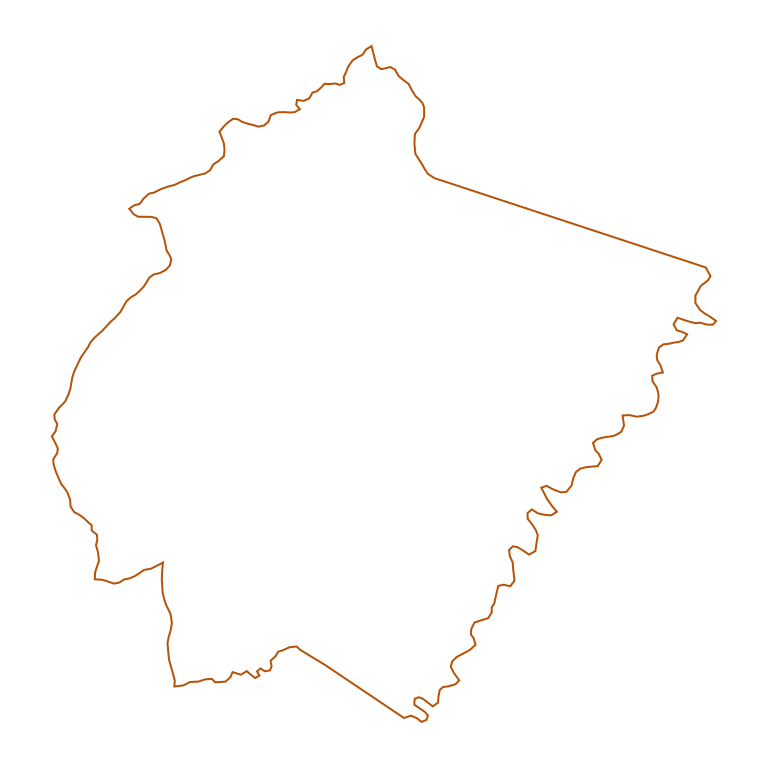 outline of Denise, Mato Grosso, Brazil
{"feature_id": "56859067B19812076642254", "entity_name": "Denise", "entity_type": "district", "adm_level": 2, "iso_a3": "BRA", "parent_name": "Brazil", "parent_adm1": "Mato Grosso", "projection": "orthographic", "projection_center": [-56.967, -14.723], "detail": "fine", "context": "isolated", "style": "outline", "palette": "amber", "viewbox_px": 768, "rotation_deg": 0, "n_neighbors": 0, "source": "geoboundaries", "source_scale": "gbopen_adm2", "svg_char_len": 4133}
<svg xmlns="http://www.w3.org/2000/svg" viewBox="0 0 768 768"><path d="M705.8,267.5L434.6,178.2L427.9,173.9L424.6,168.9L422.2,164.6L415.4,153.9L414.4,143.9L414.9,134.0L419.2,128.2L424.1,116.9L424.1,107.4L422.5,103.1L419.3,99.5L415.4,96.0L412.1,90.6L408.6,83.9L403.2,79.9L398.6,76.0L394.9,69.5L390.2,67.0L385.5,68.3L381.3,69.2L377.0,66.4L375.3,60.8L373.2,52.5L371.5,46.1L366.0,49.5L362.6,54.7L357.0,57.5L352.5,60.5L348.2,66.6L346.1,71.9L343.7,77.0L344.3,82.9L339.6,85.0L335.6,83.4L329.7,84.1L324.5,83.8L321.4,87.3L317.0,91.2L312.5,92.6L309.4,98.2L303.6,100.9L297.1,99.9L296.2,104.8L299.8,109.1L294.6,112.2L290.2,112.5L283.7,112.1L277.9,112.3L270.8,115.0L268.4,121.8L264.2,125.4L258.5,126.7L253.1,125.0L248.7,124.0L242.4,122.0L238.1,119.4L233.2,118.7L227.8,122.5L224.2,126.0L219.4,131.8L221.8,137.9L223.9,143.4L224.5,149.6L223.9,156.1L218.3,161.2L213.1,164.6L210.3,170.0L205.3,173.4L198.5,175.1L194.3,176.1L190.0,177.8L185.3,180.2L180.4,182.1L174.6,184.9L168.9,186.3L163.0,188.3L158.3,190.4L154.1,192.6L149.1,193.6L143.7,198.5L139.8,203.8L133.8,205.5L129.3,208.7L133.8,214.3L138.0,216.7L151.5,216.9L156.4,218.2L159.8,223.8L162.5,233.2L164.7,241.0L166.7,250.8L169.4,254.8L171.3,259.6L169.9,265.4L166.1,269.7L159.7,273.1L153.8,274.4L149.4,277.5L146.3,282.6L143.6,286.8L139.3,291.2L135.8,294.4L131.3,297.0L126.6,301.1L124.0,305.6L120.7,311.6L114.9,318.0L110.8,321.6L102.1,330.9L94.6,337.6L90.3,342.6L88.2,346.9L85.0,351.5L81.0,357.2L78.1,363.2L74.1,371.8L72.3,377.4L70.4,388.5L68.7,393.9L65.1,401.6L59.1,407.7L54.4,414.3L54.7,419.4L57.3,424.0L55.6,431.1L51.9,436.4L55.1,442.6L57.8,448.2L57.2,453.2L53.3,459.1L53.5,464.2L55.6,470.9L58.1,477.1L61.3,484.1L64.4,488.0L67.2,492.0L70.0,499.2L70.6,506.6L74.2,512.1L78.4,514.3L83.4,517.7L88.2,522.3L91.7,525.2L91.7,530.5L96.9,534.7L97.3,539.8L96.0,545.4L98.0,552.2L99.0,560.7L96.9,566.8L95.1,572.6L94.8,579.3L102.0,579.7L108.2,581.6L113.9,583.6L119.2,582.6L124.2,579.4L129.2,578.5L134.5,576.3L138.8,573.5L144.1,569.9L151.0,568.7L163.0,562.6L162.3,569.4L161.8,579.4L162.1,584.0L162.7,593.3L164.8,601.3L166.6,605.9L170.5,613.9L171.9,623.2L170.5,631.0L168.6,637.1L167.5,643.2L168.0,648.8L168.4,653.8L169.2,660.4L171.7,669.2L173.1,674.1L174.8,680.6L174.3,686.5L178.8,686.0L183.7,685.3L190.0,682.0L198.5,681.6L204.9,679.4L211.9,678.9L215.2,682.3L220.4,682.0L225.6,681.6L230.4,677.2L232.6,672.1L240.9,674.7L246.7,671.1L250.0,674.0L255.2,678.1L259.4,675.5L257.0,671.4L260.6,668.4L264.8,671.3L270.0,670.4L271.6,666.2L270.5,660.7L275.4,656.5L278.2,651.7L283.1,650.2L289.5,647.2L296.6,646.5L300.3,649.9L325.4,665.2L404.0,718.0L411.0,715.7L416.6,718.0L421.6,721.9L426.4,719.9L427.9,715.6L425.2,712.2L418.6,707.6L414.3,704.7L414.7,698.8L418.8,697.2L423.0,698.9L427.0,701.9L432.7,706.4L438.0,702.7L438.5,696.6L439.7,690.1L443.0,687.1L448.9,686.2L455.5,684.2L459.2,680.3L453.8,672.8L450.8,666.7L452.2,661.4L456.7,657.0L469.8,650.0L475.5,644.8L473.8,638.5L470.8,634.4L471.3,629.0L474.5,622.5L479.0,621.0L488.2,618.1L491.7,612.5L491.7,607.4L494.3,603.3L495.9,595.7L498.3,585.9L503.3,584.7L510.3,586.2L514.5,580.6L513.2,569.4L512.6,562.1L509.8,556.1L509.1,550.0L512.9,546.3L517.8,547.3L522.1,549.9L529.1,554.6L535.4,551.0L536.8,541.2L537.8,535.3L535.7,529.8L531.9,524.1L527.7,518.8L527.5,513.1L531.9,509.4L537.6,513.2L543.9,514.7L551.0,515.4L556.9,511.8L552.2,506.2L547.2,499.2L541.3,487.7L546.6,485.8L552.7,489.2L560.9,492.4L566.4,491.8L571.5,485.6L573.4,477.8L575.9,472.1L580.2,468.7L586.3,467.1L597.8,466.1L601.6,459.8L598.8,453.9L595.3,450.3L593.0,442.9L597.1,439.2L603.1,437.5L613.3,436.0L617.4,434.2L621.4,431.6L624.0,425.7L622.6,415.5L629.4,415.1L636.7,416.7L643.3,415.8L648.0,414.3L653.4,411.6L656.0,407.7L657.9,402.2L658.6,396.8L658.1,392.2L656.5,387.1L652.5,381.2L652.2,375.7L656.7,373.7L662.9,372.5L660.3,364.9L657.2,360.1L656.7,354.8L658.9,347.6L663.5,344.3L668.8,343.8L673.9,342.6L678.7,341.9L682.9,340.5L687.1,334.3L681.7,331.7L676.8,330.4L673.6,324.3L677.5,317.8L687.8,321.2L694.9,323.1L700.5,322.7L706.8,324.6L712.8,324.7L716.1,321.0L709.2,316.1L705.2,313.9L699.9,309.8L695.4,302.9L695.4,295.6L700.8,285.9L707.9,280.4L710.5,276.2L705.8,267.5Z" fill="none" stroke="#b45309" stroke-width="2"/></svg>